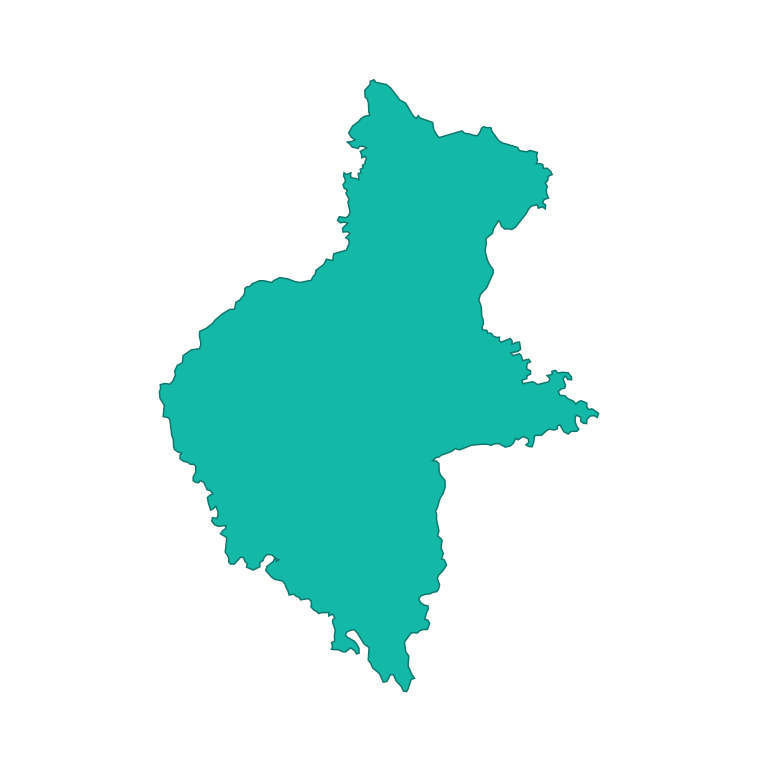 Pitanga, Paraná, Brazil (Mercator projection), rotated 107°
{"feature_id": "56859067B90114690240783", "entity_name": "Pitanga", "entity_type": "district", "adm_level": 2, "iso_a3": "BRA", "parent_name": "Brazil", "parent_adm1": "Paraná", "projection": "mercator", "projection_center": [-51.781, -24.675], "detail": "fine", "context": "isolated", "style": "filled", "palette": "teal", "viewbox_px": 768, "rotation_deg": 107, "n_neighbors": 0, "source": "geoboundaries", "source_scale": "gbopen_adm2", "svg_char_len": 6167}
<svg xmlns="http://www.w3.org/2000/svg" viewBox="0 0 768 768"><g transform="rotate(107 384 384)"><path d="M582.0,437.5L586.2,438.1L592.8,442.6L597.0,442.5L601.3,435.5L602.7,431.3L602.1,423.4L604.4,420.1L607.9,417.6L609.8,415.4L613.6,413.0L611.4,408.9L612.7,406.0L612.8,402.9L614.8,400.7L611.4,393.7L612.7,390.5L615.6,389.0L618.5,388.7L620.6,385.2L621.3,381.8L622.6,379.4L620.7,376.5L618.7,369.9L621.9,369.0L619.1,366.0L622.0,362.6L624.6,364.1L627.4,363.2L633.4,358.8L640.2,357.6L644.1,356.0L646.7,358.5L650.2,356.4L653.1,356.7L651.4,349.3L652.2,345.6L651.6,342.6L646.2,338.8L647.5,334.1L650.2,331.4L648.8,329.1L644.2,330.6L641.2,333.5L638.6,337.2L637.0,344.8L635.4,347.5L632.2,347.1L629.3,344.1L627.7,340.5L630.3,336.2L638.3,327.3L640.4,321.2L652.6,318.4L654.7,315.4L658.9,311.7L662.3,303.7L669.3,297.5L667.6,294.3L660.3,293.0L659.2,290.0L664.6,285.4L668.0,279.3L672.0,275.6L671.5,272.5L668.5,271.8L658.6,271.7L656.5,268.8L654.2,271.9L646.8,278.4L636.8,280.8L633.9,284.8L624.8,289.0L614.5,285.4L613.1,282.9L612.5,279.5L609.2,277.5L607.2,274.3L606.1,270.8L599.6,270.3L597.0,273.1L597.2,276.2L589.5,276.5L586.3,275.8L583.4,277.0L583.6,281.1L582.4,285.0L579.3,288.0L575.4,286.4L572.7,282.4L571.3,278.7L569.0,276.4L567.1,272.8L564.3,271.9L559.9,272.1L554.3,276.2L550.6,275.8L545.4,273.1L538.8,271.2L534.5,274.9L534.5,277.9L528.8,277.7L523.8,281.7L516.7,282.6L514.8,285.1L513.6,288.4L508.5,288.5L498.0,294.3L493.7,295.4L490.3,297.6L486.7,296.8L477.6,297.0L471.2,295.5L464.3,295.4L458.3,297.6L454.5,303.4L451.6,305.6L443.9,308.3L442.4,311.4L443.2,315.1L439.1,312.7L437.9,310.2L435.4,308.5L430.2,301.6L427.8,298.9L425.0,297.1L424.9,292.4L417.0,282.7L412.7,272.1L411.5,267.9L411.2,263.6L408.6,260.2L407.4,256.6L408.9,249.5L406.4,245.2L403.0,243.1L397.7,242.2L398.1,239.4L393.5,235.6L394.2,230.1L397.4,228.4L400.7,230.5L401.5,227.3L400.7,224.0L395.4,223.9L389.6,224.9L388.3,222.6L387.1,218.4L381.0,214.9L378.8,212.6L378.3,207.8L376.1,205.1L373.7,205.9L371.5,204.0L377.1,198.0L378.0,193.2L374.7,191.3L372.7,185.6L370.2,184.5L367.9,187.7L364.4,190.0L360.3,191.5L357.6,190.8L358.2,186.3L362.1,185.0L363.2,181.8L362.6,178.7L358.6,179.6L354.4,177.5L352.8,173.7L353.7,170.3L349.3,170.2L346.9,177.9L348.6,180.8L346.5,183.5L343.0,184.4L342.3,190.6L344.2,193.0L347.2,194.9L345.2,197.3L344.2,204.3L342.3,207.5L343.4,212.4L340.3,215.1L336.8,213.0L335.2,210.0L332.2,210.0L326.5,214.4L323.4,212.8L325.9,209.6L325.1,205.8L322.4,206.8L319.4,211.2L320.8,217.3L322.8,221.0L320.8,224.0L322.9,227.2L325.5,225.9L328.3,230.6L330.2,226.9L333.7,227.1L339.6,236.9L338.3,242.4L343.0,251.1L340.2,253.4L337.1,249.0L334.2,249.6L331.7,246.8L328.6,247.6L327.8,252.0L322.4,253.2L320.0,250.4L318.0,252.8L321.1,258.3L316.9,260.9L315.5,263.5L319.2,268.8L317.1,271.8L313.7,265.5L310.9,263.5L304.3,266.7L305.6,269.8L308.6,273.2L305.3,274.1L303.6,276.5L309.8,284.3L308.6,286.8L305.5,287.2L306.5,290.0L306.3,293.3L304.2,296.3L305.0,299.8L302.7,301.2L303.4,305.7L300.6,307.0L297.3,306.5L293.4,308.1L290.5,310.4L282.2,313.3L275.7,317.9L270.3,318.0L261.9,314.0L245.6,311.9L242.6,313.3L238.6,318.4L235.0,321.5L227.4,326.2L219.3,327.3L215.3,329.1L208.3,324.4L203.8,324.6L194.4,322.4L195.7,320.0L198.7,317.9L200.5,314.0L199.1,310.1L199.0,307.1L195.8,304.2L179.7,297.9L173.9,296.7L170.8,295.1L167.7,289.9L170.8,287.9L168.2,284.4L169.4,281.1L165.6,281.7L164.2,285.4L160.7,284.7L158.1,281.0L154.5,284.1L151.2,285.4L147.3,285.7L144.6,288.5L141.4,286.9L137.4,287.8L134.6,284.4L132.0,286.6L130.0,291.2L131.2,294.5L127.7,296.4L127.6,299.4L128.8,302.7L125.0,302.6L122.2,304.6L117.8,305.0L117.9,312.6L120.3,315.7L121.2,322.7L118.7,325.6L118.8,341.6L117.6,345.7L110.8,354.6L107.6,356.8L108.8,360.4L108.8,363.8L110.8,365.6L113.8,365.6L119.1,367.0L120.0,371.1L119.9,375.9L120.7,379.7L119.2,383.5L132.2,403.3L130.3,406.5L126.4,410.6L119.7,413.9L119.1,427.1L117.3,429.8L120.7,430.8L119.1,434.5L109.1,445.4L107.8,451.8L98.9,464.3L96.9,469.3L97.9,480.0L96.0,482.5L98.5,485.7L101.6,484.8L108.8,488.3L115.3,485.8L116.4,483.3L120.0,481.0L128.4,478.0L131.2,476.1L133.4,480.5L136.6,483.4L140.3,485.0L146.4,489.4L154.2,491.2L157.5,487.6L159.0,483.1L161.6,486.0L163.4,489.8L164.6,486.7L166.7,483.8L166.3,477.5L163.7,477.0L162.8,472.8L163.2,469.3L168.5,474.7L171.5,472.3L174.2,471.4L171.7,468.4L173.9,466.6L176.4,467.2L178.9,466.6L181.3,468.6L183.3,467.1L185.6,469.5L188.9,467.8L190.1,470.2L196.1,467.8L195.6,471.4L196.4,474.1L195.5,476.7L191.7,477.4L194.7,481.2L193.7,484.0L196.8,483.5L199.7,480.9L202.5,480.2L205.2,481.5L208.3,479.5L209.5,475.6L212.7,476.2L217.6,471.2L220.6,471.7L229.6,466.7L233.5,467.1L236.1,469.0L237.1,475.7L241.1,476.3L242.6,472.9L240.8,469.3L240.7,465.7L247.3,469.2L250.7,467.5L249.0,463.5L249.9,460.5L255.4,463.3L256.1,460.0L259.6,458.4L267.0,459.1L274.2,470.2L280.9,469.2L281.5,475.6L287.2,476.5L295.1,482.3L299.0,481.8L302.9,483.5L306.0,483.8L311.5,494.0L312.1,498.6L311.6,506.8L312.7,514.8L317.4,519.7L319.8,521.2L320.4,529.2L321.7,533.3L326.7,539.4L329.8,540.7L331.2,543.5L333.3,545.0L336.8,543.9L340.1,544.1L345.8,546.5L349.1,549.5L356.1,548.8L357.9,553.5L364.1,559.0L372.2,564.2L375.7,565.4L382.7,570.2L387.7,575.7L392.2,574.5L398.0,571.3L400.8,570.6L404.2,570.8L407.6,578.1L415.6,584.4L422.7,583.0L426.6,587.1L432.9,588.0L436.4,586.1L443.6,586.9L447.0,589.1L447.2,592.4L448.2,595.0L450.3,597.8L453.6,596.3L457.2,596.5L463.3,594.0L468.5,587.9L479.7,585.7L479.3,580.3L481.1,578.2L494.9,572.1L498.7,569.2L505.2,567.0L507.9,565.2L509.3,561.1L509.2,557.4L511.8,558.2L515.1,557.2L516.5,553.5L516.2,548.6L517.4,545.7L516.5,542.9L517.3,540.1L523.7,538.3L528.8,539.3L532.3,538.2L533.1,535.3L532.6,532.4L530.0,531.6L530.8,527.5L536.8,522.2L536.9,518.4L539.1,515.6L541.2,517.9L544.1,519.7L549.2,517.1L555.3,512.9L553.4,510.9L550.1,509.0L554.8,505.3L558.7,504.3L561.5,504.6L561.9,508.9L565.3,508.7L568.2,504.8L568.5,500.9L565.5,493.6L569.0,493.4L571.2,495.3L575.0,496.6L576.9,489.4L591.2,486.7L593.6,483.5L596.3,481.4L599.6,480.5L601.1,478.4L600.0,474.5L591.7,470.5L591.0,467.8L594.1,465.3L596.0,462.2L599.4,461.9L600.2,454.8L595.1,449.3L591.0,450.6L588.3,448.0L584.9,447.9L581.4,446.2L580.1,441.4L582.0,437.5ZM582.0,437.5L582.9,433.2L585.2,434.8L582.0,437.5Z" fill="#14b8a6" stroke="#0f766e" stroke-width="1.5"/></g></svg>